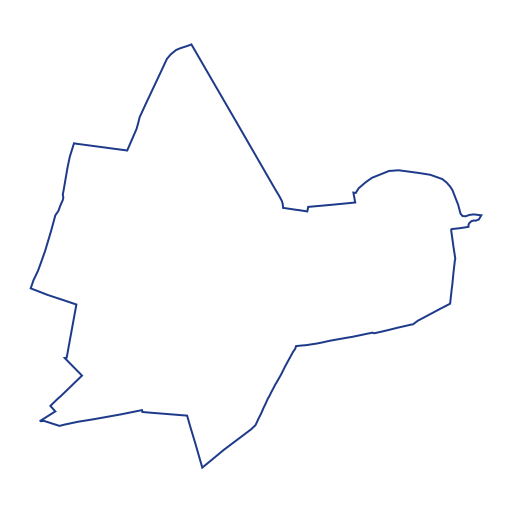 Santana, Arad, Romania (orthographic projection)
{"feature_id": "2599482B38045999797675", "entity_name": "Santana", "entity_type": "district", "adm_level": 2, "iso_a3": "ROU", "parent_name": "Romania", "parent_adm1": "Arad", "projection": "orthographic", "projection_center": [21.52, 46.341], "detail": "fine", "context": "isolated", "style": "outline", "palette": "blue", "viewbox_px": 512, "rotation_deg": 0, "n_neighbors": 0, "source": "geoboundaries", "source_scale": "gbopen_adm2", "svg_char_len": 2357}
<svg xmlns="http://www.w3.org/2000/svg" viewBox="0 0 512 512"><path d="M254.2,426.4L254.8,425.8L255.4,425.3L256.9,422.2L258.0,419.7L259.4,416.9L260.7,414.4L262.1,411.3L263.4,408.2L265.9,403.1L267.6,399.1L268.3,397.7L268.7,397.3L269.6,395.6L271.1,392.5L273.1,388.8L275.5,384.1L275.9,383.6L280.9,374.9L282.9,370.9L284.9,366.8L293.2,351.6L295.2,348.8L295.6,347.5L296.1,346.1L301.7,345.5L305.9,345.2L311.0,344.4L316.5,343.6L322.5,342.4L329.2,340.9L332.3,340.3L347.6,337.6L352.0,336.9L357.8,335.7L364.0,334.4L371.7,332.8L372.4,332.6L373.3,333.1L374.6,333.2L382.6,331.4L390.1,329.6L397.2,327.8L406.9,325.6L411.1,324.6L412.9,324.4L418.0,320.6L439.8,309.0L450.1,303.7L451.8,288.4L452.3,284.8L453.4,273.4L454.9,260.2L455.3,258.9L454.6,254.1L453.5,247.1L451.3,231.2L451.2,229.6L451.7,229.1L459.8,228.2L467.6,227.0L468.5,226.8L468.5,225.0L469.1,223.4L470.6,221.9L471.5,221.1L473.8,220.5L474.6,220.6L475.7,220.7L476.5,220.4L477.3,220.0L478.9,219.4L479.6,218.1L481.3,215.3L473.9,214.4L469.4,214.9L467.3,215.7L465.4,216.3L462.5,216.0L460.5,213.6L458.2,204.9L455.3,197.5L452.4,190.0L450.1,186.5L448.4,184.6L447.0,182.9L442.4,179.1L430.4,174.8L418.4,172.9L398.9,170.3L396.8,170.4L394.4,170.6L393.0,170.7L391.5,170.8L390.7,170.9L389.2,170.9L382.2,173.7L372.2,177.7L371.0,178.5L365.6,182.3L358.6,188.3L355.8,192.9L353.4,192.6L355.2,202.5L346.1,203.4L330.5,204.9L308.2,206.9L307.3,211.4L283.1,207.9L282.7,203.8L281.7,200.6L279.4,196.3L274.5,188.1L238.0,124.8L217.4,89.3L194.3,49.4L191.9,45.3L191.4,44.4L188.7,45.5L180.4,48.2L176.6,49.8L176.2,49.9L174.5,51.3L170.8,54.3L166.9,58.9L161.5,70.5L146.0,103.4L139.6,117.3L138.4,122.3L136.6,128.8L127.2,150.5L77.5,143.9L74.0,143.3L69.8,156.7L67.6,167.1L63.5,190.9L62.8,194.2L63.3,197.8L62.8,200.0L60.2,205.9L58.4,210.9L55.3,215.4L51.1,230.9L45.1,251.0L41.2,262.0L38.0,270.8L33.5,280.2L30.7,288.4L47.8,295.0L76.4,304.5L69.8,340.5L66.7,357.6L64.7,358.0L82.0,375.6L76.0,381.4L60.8,396.1L57.9,398.6L52.5,403.8L50.4,405.9L51.1,406.7L55.1,411.2L55.3,411.4L40.4,420.8L40.6,421.2L44.0,420.9L59.5,425.9L64.5,424.6L78.3,421.7L93.3,419.3L121.3,414.3L142.0,410.1L142.4,412.0L151.8,412.8L186.9,415.6L187.1,415.6L190.4,427.1L195.7,444.7L199.6,458.3L202.3,467.6L214.2,457.8L224.1,449.6L228.8,446.1L234.2,442.0L243.7,434.9L251.6,428.9L252.0,428.5L252.5,427.9L253.0,427.5L253.8,426.8L254.2,426.4Z" fill="none" stroke="#1e3a8a" stroke-width="2"/></svg>